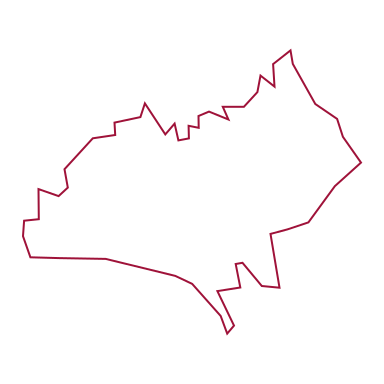 the district of Hamblen, Tennessee, United States of America
{"feature_id": "52423323B13486239193987", "entity_name": "Hamblen", "entity_type": "district", "adm_level": 2, "iso_a3": "USA", "parent_name": "United States of America", "parent_adm1": "Tennessee", "projection": "mercator", "projection_center": [-83.267, 36.215], "detail": "fine", "context": "isolated", "style": "outline", "palette": "rose", "viewbox_px": 384, "rotation_deg": 0, "n_neighbors": 0, "source": "geoboundaries", "source_scale": "gbopen_adm2", "svg_char_len": 735}
<svg xmlns="http://www.w3.org/2000/svg" viewBox="0 0 384 384"><path d="M287.4,229.4L308.4,222.4L334.9,186.1L361.0,162.6L342.9,136.8L337.1,118.9L315.3,104.0L292.8,63.9L290.5,50.4L273.1,64.1L274.5,86.6L260.5,75.6L257.4,92.1L243.9,106.8L222.8,106.8L228.4,119.5L209.0,111.6L198.5,116.0L198.7,127.8L188.6,125.8L188.9,138.4L178.4,140.4L174.6,123.6L165.3,134.4L144.9,103.4L140.4,117.1L114.5,122.6L115.2,135.0L92.8,138.3L64.5,169.2L67.8,187.6L58.6,196.1L38.5,189.1L38.8,219.2L24.1,220.7L23.0,236.2L30.4,257.3L59.2,258.1L105.7,258.9L175.3,275.9L192.2,283.9L220.7,316.0L227.2,333.6L234.0,325.6L217.4,291.1L240.3,287.5L235.7,264.0L242.5,262.8L261.8,286.0L279.5,287.7L270.5,233.9L287.4,229.4Z" fill="none" stroke="#9f1239" stroke-width="2"/></svg>